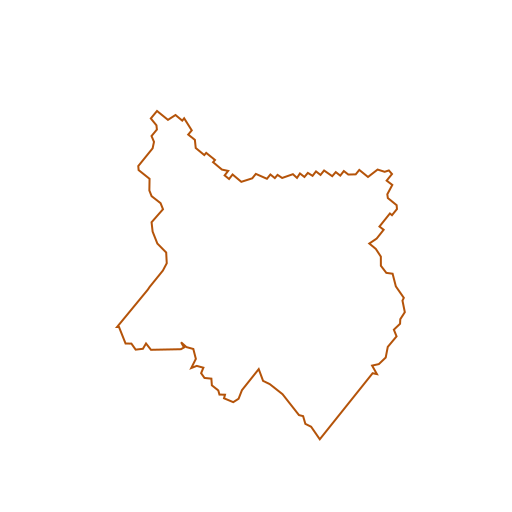 Butte, California, United States of America, rotated 309°
{"feature_id": "52423323B88547646561946", "entity_name": "Butte", "entity_type": "district", "adm_level": 2, "iso_a3": "USA", "parent_name": "United States of America", "parent_adm1": "California", "projection": "orthographic", "projection_center": [-121.549, 39.724], "detail": "fine", "context": "isolated", "style": "outline", "palette": "amber", "viewbox_px": 512, "rotation_deg": 309, "n_neighbors": 0, "source": "geoboundaries", "source_scale": "gbopen_adm2", "svg_char_len": 1805}
<svg xmlns="http://www.w3.org/2000/svg" viewBox="0 0 512 512"><g transform="rotate(309 256 256)"><path d="M112.7,226.5L118.8,225.6L117.0,233.4L136.3,256.3L139.6,257.6L141.8,252.1L141.4,259.2L144.3,265.8L138.2,274.0L128.2,276.2L133.3,279.1L136.1,285.4L130.4,287.1L128.8,292.7L132.6,298.5L127.7,303.1L127.8,311.3L125.3,314.8L128.7,319.2L125.3,320.7L128.1,330.3L134.1,332.3L142.9,329.5L169.8,329.3L163.4,340.1L165.1,347.4L165.3,363.6L159.4,389.5L161.2,393.4L156.6,400.0L158.0,406.3L153.7,420.9L238.3,420.4L240.3,424.3L243.9,415.2L249.3,419.5L258.7,420.7L268.3,415.6L282.0,415.8L285.5,409.5L294.0,410.6L297.7,407.9L306.0,407.0L313.5,397.9L316.5,397.2L320.4,383.8L328.2,373.3L324.9,367.9L327.0,359.2L334.1,353.4L336.9,344.7L337.0,336.2L345.5,338.8L356.7,338.7L356.6,333.4L373.3,333.3L373.3,336.0L381.2,336.0L384.0,333.3L384.0,322.0L386.6,319.2L397.0,317.2L396.8,310.1L405.3,310.1L406.1,305.4L402.4,303.0L399.7,296.1L387.9,293.3L387.9,282.1L382.2,282.1L377.4,276.5L377.3,270.8L371.5,270.9L371.4,265.2L366.0,265.0L365.3,255.1L359.6,255.1L359.5,249.4L353.9,249.5L353.2,244.0L347.9,243.9L347.8,238.2L342.5,238.7L342.8,233.2L333.1,227.2L332.6,221.7L328.4,221.6L328.4,215.9L322.9,215.9L319.7,204.2L314.0,204.2L304.4,197.9L304.6,186.5L298.9,186.6L298.9,180.9L304.6,180.8L301.7,175.1L301.9,163.6L304.8,163.7L304.8,152.4L301.9,152.3L302.0,141.2L307.8,135.4L307.7,126.9L313.2,127.0L317.8,113.5L314.8,113.5L314.9,104.7L306.4,101.9L306.4,87.8L296.7,87.7L294.9,96.4L291.9,99.4L283.5,99.3L280.5,104.9L274.6,107.9L251.8,107.9L248.9,110.7L249.0,124.7L239.8,131.9L236.8,137.2L237.0,148.6L233.8,154.3L216.5,153.6L209.9,160.3L203.6,171.5L202.2,184.0L194.2,191.2L186.1,192.8L165.1,192.8L161.8,193.1L113.4,192.7L114.6,194.2L105.9,209.7L109.5,214.3L107.5,221.4L112.7,226.5Z" fill="none" stroke="#b45309" stroke-width="2"/></g></svg>